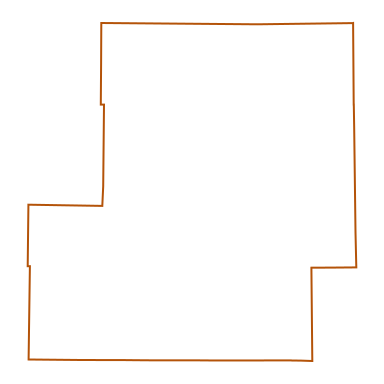 outline of Carbon, Wyoming, United States of America
{"feature_id": "52423323B98729556539249", "entity_name": "Carbon", "entity_type": "district", "adm_level": 2, "iso_a3": "USA", "parent_name": "United States of America", "parent_adm1": "Wyoming", "projection": "orthographic", "projection_center": [-106.885, 41.717], "detail": "fine", "context": "isolated", "style": "outline", "palette": "amber", "viewbox_px": 384, "rotation_deg": 0, "n_neighbors": 0, "source": "geoboundaries", "source_scale": "gbopen_adm2", "svg_char_len": 536}
<svg xmlns="http://www.w3.org/2000/svg" viewBox="0 0 384 384"><path d="M312.3,361.0L311.4,267.7L331.7,267.6L356.3,267.4L355.5,232.0L354.2,129.0L353.8,104.6L353.7,104.6L353.1,23.0L352.7,23.1L257.3,24.3L101.3,23.0L101.1,63.7L100.8,104.6L104.0,104.6L103.2,186.4L102.3,205.9L28.4,204.7L28.4,206.0L27.7,266.2L29.9,266.2L28.6,359.5L80.6,360.0L126.4,360.1L135.3,360.2L148.9,360.3L191.6,360.3L217.0,360.5L288.7,360.4L291.3,360.4L291.7,360.5L292.8,360.5L299.8,360.6L300.7,360.6L312.3,361.0Z" fill="none" stroke="#b45309" stroke-width="2"/></svg>